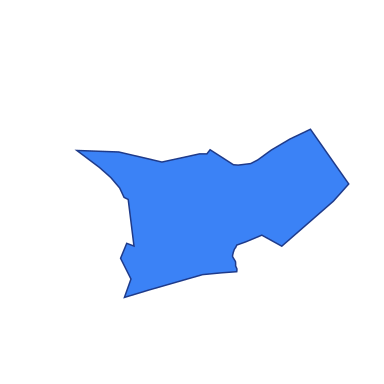 Dalanjargalan, Dornogovi, Mongolia, rotated 220°
{"feature_id": "93677404B48840516654873", "entity_name": "Dalanjargalan", "entity_type": "district", "adm_level": 2, "iso_a3": "MNG", "parent_name": "Mongolia", "parent_adm1": "Dornogovi", "projection": "equal_earth", "projection_center": [108.887, 46.012], "detail": "fine", "context": "isolated", "style": "filled", "palette": "blue", "viewbox_px": 384, "rotation_deg": 220, "n_neighbors": 0, "source": "geoboundaries", "source_scale": "gbopen_adm2", "svg_char_len": 968}
<svg xmlns="http://www.w3.org/2000/svg" viewBox="0 0 384 384"><g transform="rotate(220 192 192)"><path d="M306.9,149.8L278.9,151.3L263.7,150.9L250.0,148.6L240.6,144.2L236.1,145.3L201.7,113.3L209.0,110.7L204.1,95.3L182.8,86.1L176.0,67.8L162.5,88.5L130.8,135.5L117.2,149.3L106.5,159.7L107.1,160.6L107.5,161.2L107.8,161.5L108.0,161.8L108.2,162.0L108.8,162.3L109.4,162.6L110.7,163.2L111.1,163.4L111.5,164.0L112.3,164.9L113.1,165.8L113.6,166.3L114.1,166.7L118.1,168.1L119.0,168.4L119.5,168.7L120.0,169.3L120.2,169.7L120.4,169.9L120.7,170.6L121.2,171.6L121.5,172.1L122.2,174.0L122.4,174.4L122.6,175.0L122.8,175.9L122.9,176.6L122.8,177.2L122.9,177.8L123.2,178.4L123.3,179.1L123.4,179.6L123.6,180.1L118.8,188.3L110.8,203.8L88.4,208.2L77.8,275.9L77.1,298.9L141.6,316.2L151.0,295.6L158.2,275.2L162.3,258.7L165.3,251.5L173.9,242.3L177.8,239.5L205.3,236.0L205.1,230.8L210.7,226.1L234.3,195.6L273.8,175.6L306.9,149.8Z" fill="#3b82f6" stroke="#1e3a8a" stroke-width="1.5"/></g></svg>